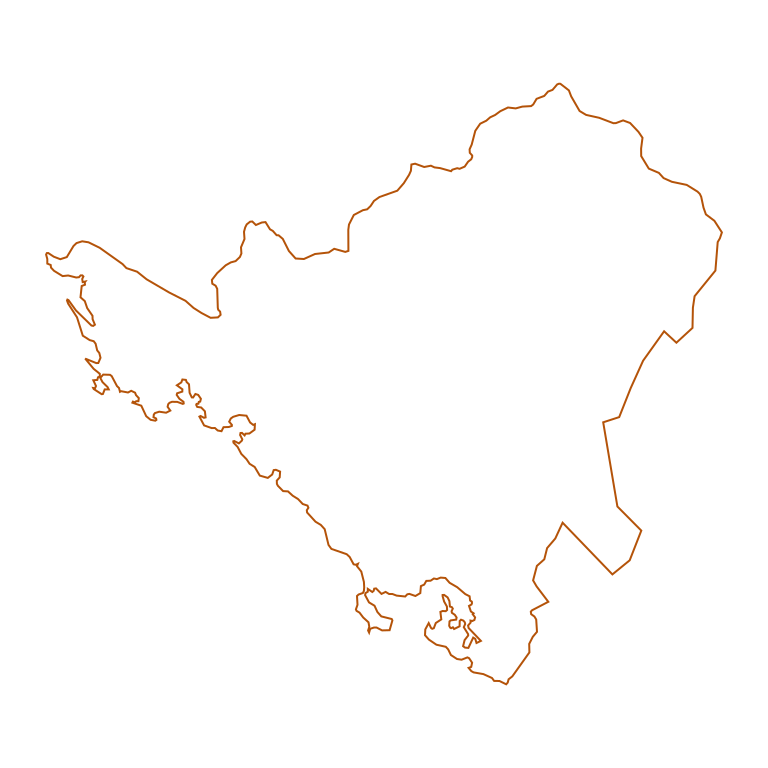 outline of Moho, Puno, Peru
{"feature_id": "86281439B65851578200644", "entity_name": "Moho", "entity_type": "district", "adm_level": 2, "iso_a3": "PER", "parent_name": "Peru", "parent_adm1": "Puno", "projection": "natural_earth1", "projection_center": [-69.471, -15.35], "detail": "fine", "context": "isolated", "style": "outline", "palette": "amber", "viewbox_px": 768, "rotation_deg": 0, "n_neighbors": 0, "source": "geoboundaries", "source_scale": "gbopen_adm2", "svg_char_len": 6055}
<svg xmlns="http://www.w3.org/2000/svg" viewBox="0 0 768 768"><path d="M66.8,257.1L60.3,259.2L53.8,256.7L48.2,253.0L46.8,253.1L46.1,254.6L47.3,259.0L47.3,263.6L50.7,265.0L51.0,267.6L54.0,270.8L62.6,276.1L68.2,275.5L76.2,277.5L79.0,277.2L80.6,275.4L82.4,275.4L83.4,276.5L82.2,279.0L82.7,282.1L85.4,281.5L84.7,282.5L85.0,284.7L81.7,286.0L80.5,297.3L84.8,301.1L87.2,308.1L92.5,315.8L92.6,319.2L94.9,324.7L93.2,325.9L91.4,325.5L75.9,310.4L68.5,300.1L67.4,299.6L67.0,300.5L68.2,303.7L77.0,317.3L82.8,335.7L89.7,340.1L93.7,341.2L95.6,343.7L97.2,350.4L99.3,353.0L100.5,357.8L98.3,363.0L96.3,363.1L85.2,358.6L93.6,368.8L99.8,373.8L99.8,376.5L98.0,377.3L97.3,379.9L93.3,380.3L96.0,386.0L95.0,388.3L93.2,388.0L93.7,389.0L101.7,394.2L102.9,394.0L104.7,389.4L108.7,389.4L107.6,387.1L102.5,382.1L100.3,377.9L103.2,374.6L110.0,374.8L111.7,376.1L117.0,386.1L119.0,388.0L120.0,391.8L121.1,391.2L128.0,392.5L131.2,390.8L135.1,392.7L136.0,395.1L138.8,398.1L138.4,401.2L136.2,401.2L135.1,402.3L132.9,401.6L132.4,402.7L141.3,405.7L146.2,416.2L150.6,419.8L155.3,420.7L156.4,419.9L156.1,418.5L153.5,417.2L153.8,414.6L154.9,413.1L159.2,411.7L166.1,412.7L170.3,410.6L167.6,406.8L168.2,404.2L169.5,402.8L172.0,401.8L177.3,401.9L182.8,403.9L183.7,403.5L183.5,401.8L179.4,398.8L176.7,394.9L177.1,393.3L182.3,391.6L182.4,389.3L176.9,385.3L181.3,382.4L182.4,379.5L185.9,379.9L186.6,382.0L189.0,384.3L189.6,392.8L191.8,397.4L193.1,397.5L195.4,394.0L198.2,394.9L200.9,398.8L200.2,401.6L198.8,401.9L198.4,403.7L196.6,403.9L196.2,404.9L197.2,406.9L201.2,407.5L204.9,411.3L205.6,417.4L204.0,417.8L200.6,416.0L199.4,416.6L204.1,425.4L211.7,428.1L214.9,428.0L217.7,430.5L221.5,431.2L223.5,427.2L228.8,427.0L231.8,426.0L231.9,424.9L229.2,421.7L230.8,418.5L233.2,416.8L239.2,415.0L246.5,415.7L250.1,422.5L253.2,424.9L254.9,424.2L254.6,429.7L249.4,433.5L245.5,433.7L244.6,435.4L242.0,432.9L240.5,433.0L240.1,435.0L242.3,439.3L241.9,440.6L238.9,443.4L234.2,441.0L233.3,441.3L233.5,442.7L237.6,446.9L241.3,453.9L246.5,459.2L249.6,463.8L254.7,467.0L259.8,475.6L267.8,477.9L272.2,474.5L273.7,470.1L275.9,469.8L280.1,471.6L279.7,477.4L276.8,480.6L276.9,483.9L277.9,485.8L283.1,491.1L288.0,491.4L292.7,495.7L298.1,499.1L302.7,504.0L307.5,505.6L308.4,507.8L306.8,510.2L307.1,512.5L315.5,521.7L320.8,524.9L324.7,529.2L328.5,544.9L331.4,548.9L346.7,554.2L349.7,557.0L353.6,564.3L355.8,564.8L357.9,563.8L357.0,566.2L361.3,571.6L363.9,581.9L364.2,587.3L363.9,590.9L362.9,593.0L358.6,594.5L357.0,596.0L357.5,604.8L355.9,609.4L356.6,610.9L359.5,612.6L363.2,617.5L368.5,622.3L369.3,626.8L368.1,630.5L369.1,632.6L370.2,628.8L374.1,627.5L376.5,627.5L382.1,630.4L389.6,630.2L392.4,620.4L391.7,619.0L381.3,616.4L377.4,612.0L374.5,605.7L369.0,602.4L365.1,595.1L365.5,593.1L367.8,591.7L367.8,588.9L372.3,592.0L373.7,590.8L374.2,588.7L376.0,588.4L381.5,593.9L385.6,591.9L389.1,594.0L392.4,594.0L396.6,595.6L405.2,596.5L407.3,594.3L409.4,593.9L415.4,596.0L420.3,593.1L420.9,586.1L424.2,584.6L426.3,580.9L430.6,580.7L433.9,578.5L436.9,579.1L440.7,577.6L445.4,578.0L449.6,582.8L457.2,587.2L465.3,594.1L469.6,596.3L470.1,600.5L471.8,601.6L472.0,603.1L471.5,604.5L469.0,605.9L470.9,611.5L473.6,613.3L472.7,614.2L475.1,617.4L474.4,620.0L472.3,621.0L470.5,620.6L470.6,622.6L468.1,625.5L468.6,628.0L480.9,640.9L476.5,643.0L475.3,638.9L473.2,637.6L468.4,647.9L465.0,647.6L463.1,646.2L464.6,640.1L468.2,635.5L468.1,634.1L463.8,627.2L465.2,624.0L464.8,622.3L463.4,620.6L461.0,619.7L459.7,621.0L459.6,626.3L454.1,629.0L452.9,627.3L451.1,628.2L450.2,627.7L449.2,625.8L449.5,621.4L450.7,620.4L456.2,619.6L456.6,617.5L454.8,614.8L451.9,612.8L451.6,611.2L452.8,608.6L451.9,607.2L449.9,606.5L449.4,601.1L447.6,597.4L444.1,594.9L442.6,595.0L442.6,596.1L444.1,601.5L446.9,606.5L447.1,610.0L445.7,611.2L442.6,611.0L440.4,611.9L441.3,619.4L435.8,623.0L433.8,628.2L432.2,628.8L431.0,627.9L428.7,623.1L425.3,629.4L425.0,635.2L428.9,639.6L436.4,644.7L445.8,646.8L448.2,649.4L450.9,655.0L457.0,659.0L461.6,659.7L467.4,657.4L469.1,658.2L472.1,662.7L471.2,666.9L468.6,667.9L471.3,671.1L473.6,672.4L483.4,674.1L492.0,678.0L494.1,680.9L499.5,681.0L506.2,684.3L507.7,682.6L508.6,679.3L512.3,676.4L529.4,652.4L529.2,643.9L532.8,636.8L537.0,631.8L536.2,619.5L534.4,616.5L531.2,614.2L530.8,611.7L532.0,610.3L548.3,601.8L536.6,586.4L533.1,580.4L536.9,565.9L544.3,559.3L547.1,548.1L555.3,538.5L562.6,522.7L612.4,574.4L629.7,560.3L641.3,530.6L617.4,506.5L603.2,422.3L619.2,417.1L630.7,388.1L643.1,360.7L664.1,331.3L676.4,342.7L692.5,327.9L692.9,307.7L694.6,296.2L715.4,270.6L717.7,242.1L719.9,238.3L721.9,232.4L714.4,220.8L705.9,214.4L703.5,207.6L701.2,196.8L699.8,193.9L697.5,191.6L686.7,184.9L671.9,181.8L663.6,178.1L658.9,172.9L648.8,168.6L641.2,156.1L641.1,148.6L642.5,137.8L638.5,131.9L630.1,123.0L623.1,120.4L615.9,123.1L613.4,123.2L599.2,117.8L586.1,114.9L579.6,111.0L571.2,96.4L568.9,90.4L560.4,83.8L559.0,83.7L557.2,84.4L552.5,89.9L548.0,91.6L544.3,95.9L536.6,98.8L533.2,104.5L531.1,106.1L522.3,106.6L515.7,108.4L508.0,107.5L500.3,111.2L495.1,115.0L490.2,117.3L486.3,120.7L480.2,123.7L475.3,130.8L471.7,144.6L469.6,149.3L469.8,152.8L472.2,155.5L472.2,157.0L471.2,159.3L468.1,161.7L464.7,166.6L459.6,168.8L457.2,168.2L452.3,169.7L451.1,171.2L440.1,168.1L434.5,167.4L430.9,165.7L424.2,167.0L415.1,163.7L411.4,164.5L410.9,170.8L409.1,174.8L403.8,183.2L397.3,190.7L379.5,197.0L374.0,200.9L370.6,206.0L367.2,209.3L362.9,210.2L353.8,215.0L349.0,224.5L348.3,229.8L348.4,250.9L345.3,251.9L334.2,248.8L328.7,252.5L315.0,254.0L303.9,259.0L295.6,258.5L288.9,251.0L282.8,238.9L278.6,235.3L276.6,235.2L272.8,230.9L270.0,229.3L265.5,222.1L261.8,222.5L255.9,225.0L252.3,221.5L250.1,221.7L246.7,224.4L245.2,227.4L244.0,231.8L244.5,239.0L241.0,247.3L241.4,253.5L239.9,257.0L235.6,261.1L230.8,262.4L225.7,265.3L217.2,273.1L211.9,279.9L212.3,283.7L215.6,285.7L217.2,288.8L217.8,307.8L218.2,309.7L220.1,311.6L220.6,314.8L217.9,317.4L210.6,317.8L201.5,313.0L193.5,307.9L185.5,300.8L169.0,292.4L146.6,279.3L137.1,271.7L126.4,268.1L122.6,264.1L99.7,247.8L88.5,242.3L82.2,241.3L76.5,243.1L73.5,246.0L66.8,257.1Z" fill="none" stroke="#b45309" stroke-width="2"/></svg>